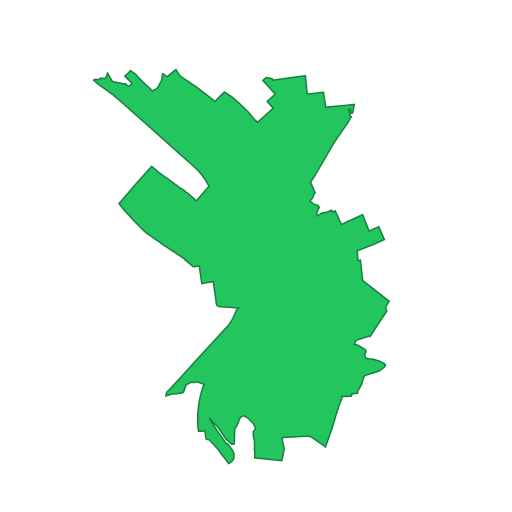 Poarta Alba, Constanta, Romania, rotated 260°
{"feature_id": "2599482B25555992289279", "entity_name": "Poarta Alba", "entity_type": "district", "adm_level": 2, "iso_a3": "ROU", "parent_name": "Romania", "parent_adm1": "Constanta", "projection": "orthographic", "projection_center": [28.4, 44.227], "detail": "fine", "context": "isolated", "style": "filled", "palette": "green", "viewbox_px": 512, "rotation_deg": 260, "n_neighbors": 0, "source": "geoboundaries", "source_scale": "gbopen_adm2", "svg_char_len": 5914}
<svg xmlns="http://www.w3.org/2000/svg" viewBox="0 0 512 512"><g transform="rotate(260 256 256)"><path d="M430.0,297.0L427.7,293.3L415.7,300.8L412.3,303.0L412.1,303.1L408.9,298.0L406.2,293.8L398.6,298.6L393.9,291.2L390.0,285.0L387.5,280.8L387.4,280.6L388.2,280.1L389.4,279.4L389.3,279.1L391.0,278.1L393.1,276.8L395.3,275.6L397.8,274.1L399.6,273.1L402.6,270.9L406.5,268.1L409.7,265.7L413.4,262.7L416.9,259.9L423.0,253.3L419.2,247.8L417.3,245.0L415.2,242.6L417.1,240.9L422.0,236.5L424.5,234.3L424.7,234.0L425.5,233.3L426.3,232.5L427.1,231.8L430.5,228.8L433.0,226.4L434.4,225.0L438.7,220.6L442.8,216.2L443.9,215.1L446.5,212.4L446.8,212.2L448.7,211.5L450.8,210.6L453.5,209.6L453.5,209.3L448.0,199.6L448.9,198.6L451.7,196.0L451.7,195.8L449.7,194.9L446.8,194.2L445.0,193.2L441.9,190.8L440.8,190.0L438.5,187.9L437.7,186.6L437.5,185.8L436.7,182.6L447.2,174.7L453.4,170.5L455.8,169.1L460.4,164.6L457.9,161.3L455.9,158.1L454.9,158.7L454.0,159.4L451.0,161.5L448.2,163.4L447.5,164.0L445.6,161.4L445.3,160.4L445.5,159.7L445.9,159.2L448.5,157.1L448.2,156.5L452.6,145.2L453.9,144.5L455.6,143.8L458.8,142.7L462.0,141.5L461.9,141.4L460.8,141.0L459.9,140.5L457.8,139.0L457.4,138.5L457.1,138.0L457.1,137.5L457.5,136.3L458.1,133.6L457.9,133.1L457.0,131.8L458.0,128.0L457.8,127.4L457.3,126.7L452.7,130.4L451.6,131.5L446.1,136.9L442.4,140.4L439.5,143.3L435.6,146.4L428.6,152.2L423.0,156.6L418.0,160.5L410.6,166.4L403.8,171.8L401.1,173.9L394.4,179.2L390.2,182.5L386.3,185.6L383.9,187.5L380.4,190.2L376.4,193.4L368.7,199.4L362.4,204.5L356.0,209.6L350.6,213.6L345.1,216.8L338.4,219.9L332.6,221.9L332.3,221.2L330.2,218.6L329.6,217.9L327.6,215.3L324.2,211.2L321.2,207.5L320.6,206.8L322.1,205.7L324.5,203.9L325.4,203.1L326.9,202.0L327.3,201.7L327.6,201.4L327.7,201.2L328.3,200.8L329.2,200.1L329.9,199.5L330.1,199.2L330.3,199.0L331.3,197.9L332.0,197.4L332.5,197.2L333.6,196.2L333.9,195.8L334.6,194.9L335.3,194.1L336.2,193.1L337.2,192.2L338.7,190.6L339.4,190.1L340.5,188.9L346.3,183.5L348.8,181.0L349.4,180.2L350.6,179.2L353.1,176.8L354.9,175.0L357.2,173.0L357.5,172.9L357.9,172.7L358.3,172.3L359.2,171.5L361.3,169.7L362.4,168.8L349.9,152.9L346.5,148.6L340.8,141.7L336.4,136.3L332.6,131.7L331.6,130.4L331.4,130.2L324.2,134.0L315.9,139.4L312.2,141.7L308.6,144.1L305.0,146.7L301.8,148.8L297.0,152.7L295.6,154.2L294.3,155.5L291.4,158.3L288.6,161.1L287.2,162.8L286.9,163.1L285.2,164.5L283.5,166.0L282.8,166.8L280.7,169.2L279.9,169.9L279.5,170.4L276.1,173.9L271.3,179.1L264.6,185.9L264.3,185.6L263.9,186.0L263.3,186.6L262.2,187.4L260.2,189.2L259.8,189.6L258.7,190.1L258.0,190.9L256.4,192.3L256.1,194.0L256.1,195.3L256.2,198.4L255.3,198.4L238.2,197.8L238.2,198.7L238.3,201.0L238.3,203.7L238.1,209.5L223.5,209.0L219.0,208.8L216.5,208.6L214.0,209.0L212.5,211.0L211.9,213.3L211.2,216.3L210.3,220.0L209.1,224.8L208.5,227.3L207.8,229.7L207.5,229.0L206.9,228.3L206.3,227.6L205.6,227.1L199.0,222.7L196.6,220.8L194.0,218.3L192.1,216.2L186.3,208.6L184.5,206.3L161.3,175.8L161.2,175.8L150.3,161.7L140.2,148.5L137.4,144.7L137.1,144.5L136.0,143.7L135.2,143.4L133.8,143.0L133.9,143.5L134.4,147.3L134.7,150.4L134.6,151.3L134.5,151.5L134.1,152.8L134.0,153.5L134.3,156.2L134.1,156.9L134.0,157.7L133.9,159.0L134.2,160.3L134.8,161.1L136.8,162.2L138.5,163.3L139.3,163.7L140.0,164.2L140.4,164.3L141.2,164.5L141.7,165.5L141.7,166.2L141.9,167.1L142.9,170.1L142.7,170.8L142.5,171.8L142.3,172.5L142.1,173.1L142.5,174.2L142.5,174.6L142.6,175.2L142.0,176.6L139.1,181.8L138.4,182.5L135.5,180.5L128.6,177.2L120.9,174.2L117.0,173.0L112.1,171.6L106.2,170.4L103.8,170.0L102.6,169.8L101.3,169.6L97.9,169.2L95.9,169.1L94.7,169.0L93.3,169.0L93.0,171.0L92.6,175.3L90.6,175.2L89.3,175.1L85.5,175.1L84.1,175.3L83.8,176.3L83.2,177.8L82.6,178.4L76.2,182.5L71.5,185.5L67.0,187.3L62.6,189.9L56.3,193.1L58.1,196.8L60.2,198.8L61.3,199.3L64.9,200.0L69.1,199.0L76.2,195.4L76.6,193.9L80.0,192.5L89.2,188.1L96.3,185.1L103.8,182.1L104.0,182.5L101.4,183.5L94.8,188.4L81.1,194.5L74.7,199.7L74.6,201.9L81.9,203.5L89.3,205.0L90.1,205.9L94.2,209.2L97.5,210.9L98.7,211.7L100.3,213.6L100.7,215.2L100.4,216.6L97.5,220.1L91.3,224.4L86.3,225.6L85.6,225.5L83.6,222.8L80.2,222.2L77.3,222.1L74.4,222.4L73.6,222.2L72.5,222.1L68.4,221.5L66.5,220.7L65.0,221.0L57.4,219.6L50.0,245.8L51.8,246.7L60.7,250.1L61.4,250.3L66.2,250.1L70.9,250.0L71.9,250.1L72.6,250.5L71.2,262.5L70.1,271.8L69.8,274.3L69.5,275.8L69.3,276.8L67.7,279.5L58.2,289.1L56.0,291.2L55.9,291.3L65.9,296.9L69.5,299.0L73.1,301.0L80.8,304.9L85.1,306.9L91.3,310.2L95.1,312.3L97.1,313.5L102.6,316.8L101.4,325.2L101.4,325.6L103.6,326.7L103.2,332.3L103.6,332.3L105.2,332.6L110.8,337.4L118.2,341.3L119.1,342.2L119.5,343.2L121.3,357.2L124.4,363.3L125.7,364.4L126.8,364.4L127.9,363.6L131.4,358.7L133.8,353.9L135.5,347.9L136.1,346.9L138.1,345.9L139.4,345.9L140.5,346.3L142.7,347.8L144.0,347.8L145.0,347.1L150.4,341.1L151.8,337.6L154.6,339.2L155.2,340.0L155.7,340.7L157.4,352.5L157.4,353.3L156.9,354.3L173.0,369.5L178.9,375.1L180.4,374.9L183.2,374.8L188.3,379.3L213.4,356.8L233.9,358.1L233.6,355.7L239.7,356.1L239.9,356.4L243.5,356.5L247.2,374.6L249.9,385.3L263.6,382.0L261.0,372.3L260.9,371.9L261.4,371.5L263.3,371.2L264.1,371.1L266.1,370.7L267.4,370.4L271.1,369.7L276.7,368.5L278.2,368.2L277.8,366.7L276.8,362.7L275.7,358.7L274.8,355.2L273.6,350.5L272.2,345.6L276.4,344.5L281.9,343.1L286.7,341.8L286.0,339.0L288.0,338.4L286.6,332.5L287.1,330.3L286.5,327.2L284.8,323.3L287.7,323.2L293.2,326.8L293.6,326.1L295.1,325.9L295.9,323.7L297.1,321.8L300.7,318.7L303.9,322.3L307.5,324.1L307.8,325.3L319.1,322.5L325.2,328.2L352.8,351.5L358.0,356.4L371.9,370.1L376.5,373.9L376.6,373.3L384.0,372.5L384.1,374.2L379.9,374.6L379.9,375.8L388.2,379.2L388.7,371.7L389.4,363.3L390.4,351.1L390.4,350.6L401.4,350.7L405.6,350.8L405.6,350.7L405.7,348.3L406.0,343.1L406.5,334.6L425.0,335.9L425.3,329.1L426.2,303.2L427.3,302.8L427.7,302.7L427.9,302.4L428.2,301.7L428.9,299.9L429.4,298.7L429.9,297.5L430.0,297.1L430.0,297.0Z" fill="#22c55e" stroke="#15803d" stroke-width="1.5"/></g></svg>